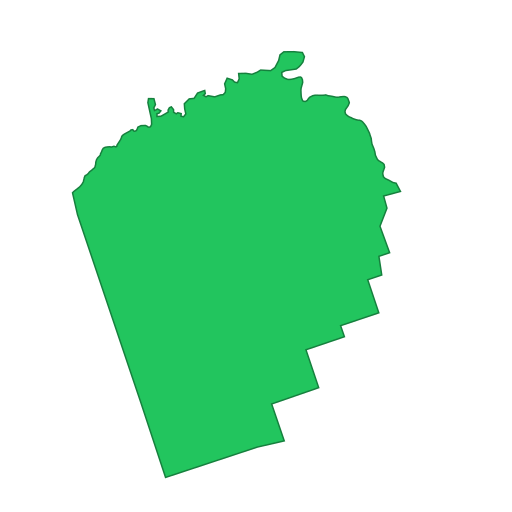 Clarion, Pennsylvania, United States of America (Robinson projection), rotated 161°
{"feature_id": "52423323B69998039622942", "entity_name": "Clarion", "entity_type": "district", "adm_level": 2, "iso_a3": "USA", "parent_name": "United States of America", "parent_adm1": "Pennsylvania", "projection": "robinson", "projection_center": [-79.501, 41.202], "detail": "fine", "context": "isolated", "style": "filled", "palette": "green", "viewbox_px": 512, "rotation_deg": 161, "n_neighbors": 0, "source": "geoboundaries", "source_scale": "gbopen_adm2", "svg_char_len": 3190}
<svg xmlns="http://www.w3.org/2000/svg" viewBox="0 0 512 512"><g transform="rotate(161 256 256)"><path d="M102.6,280.9L103.3,281.7L105.7,284.4L107.9,286.5L109.0,287.8L109.7,289.5L109.4,292.4L109.0,293.3L108.6,294.1L107.1,296.0L106.0,297.4L105.5,298.1L105.1,300.9L106.0,302.7L107.4,304.3L108.0,305.1L108.8,306.0L109.4,307.0L109.8,308.0L110.3,312.4L109.7,315.9L109.6,319.3L109.9,324.1L109.4,327.0L108.8,329.6L108.8,332.0L108.8,333.6L108.7,335.0L109.3,340.0L109.7,342.8L110.5,345.4L111.3,347.4L111.7,348.4L112.6,349.6L113.9,350.7L115.1,351.1L117.0,352.3L119.8,354.5L120.9,355.8L122.4,357.0L123.2,358.0L123.6,358.5L124.1,359.3L124.5,360.0L125.1,361.2L124.9,363.5L123.7,365.4L120.0,368.1L118.2,370.1L117.8,370.8L117.9,374.9L118.4,376.3L119.7,377.5L120.5,378.0L121.7,378.4L123.1,378.7L124.7,379.1L126.0,379.2L127.6,379.7L128.8,380.2L131.7,382.0L133.9,383.2L135.7,384.1L137.6,385.6L139.4,385.9L141.0,386.4L142.9,387.0L143.7,387.3L144.8,387.7L145.4,388.0L147.8,388.8L150.1,389.1L153.7,388.6L155.5,387.5L156.9,386.4L158.9,386.0L160.9,386.9L161.4,387.9L161.5,390.7L161.1,392.8L160.8,393.9L160.5,395.0L159.5,398.3L159.0,399.3L158.8,399.8L158.5,400.3L157.6,401.6L156.8,402.8L156.2,403.6L155.3,405.0L154.7,407.6L154.9,409.8L155.6,410.7L157.4,411.2L162.1,411.2L165.2,411.6L167.4,412.2L168.6,412.7L171.2,415.0L172.8,417.5L171.9,421.2L167.7,421.7L157.1,419.7L153.7,420.9L151.5,422.1L148.5,424.1L145.3,428.7L145.9,433.3L153.6,436.8L163.2,440.0L167.8,438.4L170.9,433.5L176.7,428.0L181.8,426.5L191.1,430.3L194.9,429.4L200.6,429.1L206.1,432.0L213.0,434.2L214.2,429.0L217.1,425.9L219.7,427.4L221.0,430.2L225.4,433.5L229.6,429.0L230.2,424.0L231.8,420.7L234.6,419.2L237.1,419.9L243.2,419.9L249.1,423.2L251.4,422.8L253.4,425.0L251.1,426.0L250.6,429.2L253.8,429.2L258.2,429.1L263.2,425.2L268.0,426.3L274.2,423.3L275.5,418.4L276.1,413.2L279.2,411.2L281.4,412.6L280.4,415.0L283.3,416.9L285.1,416.4L287.1,418.7L286.3,421.3L287.5,424.6L289.6,424.4L291.6,422.6L292.1,420.7L295.0,420.1L300.3,419.1L304.2,420.1L303.3,422.8L301.3,422.6L298.7,424.2L301.3,427.1L303.1,426.7L304.6,426.6L304.4,429.3L301.8,431.9L301.3,438.0L306.4,439.8L308.3,436.2L308.9,431.2L310.2,419.9L311.8,414.5L313.2,413.0L314.4,412.4L315.9,412.9L316.6,414.0L318.0,415.4L322.3,416.7L325.7,416.3L327.1,414.6L328.1,413.7L329.1,413.4L330.6,413.6L331.0,414.4L331.4,415.6L333.2,415.9L334.4,415.2L337.5,414.7L340.4,414.2L342.1,413.8L343.6,413.1L344.4,412.3L344.7,411.7L346.3,410.0L348.5,408.3L351.4,406.0L351.9,405.0L353.0,404.8L354.6,406.0L357.3,406.1L358.7,406.9L361.0,407.5L363.3,407.9L365.3,407.6L366.8,406.4L368.2,404.7L369.8,403.2L370.4,402.0L372.6,400.9L373.7,400.4L375.4,399.0L376.9,396.9L377.8,394.8L378.4,394.0L378.8,393.3L379.1,392.8L380.1,391.9L381.6,391.4L383.2,390.7L385.3,390.0L386.3,389.6L387.7,388.6L389.7,387.8L391.4,387.6L392.8,386.1L393.1,385.5L393.4,385.0L394.5,383.4L395.0,382.4L397.4,380.4L400.1,378.8L407.3,376.3L408.9,375.5L411.3,353.3L412.6,154.1L413.6,76.1L316.9,74.9L289.5,72.0L289.4,111.0L239.6,111.1L239.3,151.1L198.7,150.9L198.7,162.6L158.4,162.3L158.1,197.2L143.3,197.1L139.9,215.7L128.6,215.6L129.1,243.8L116.6,258.6L115.8,271.2L98.4,270.0L99.8,279.2L102.6,280.9Z" fill="#22c55e" stroke="#15803d" stroke-width="1.5"/></g></svg>